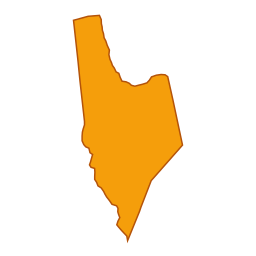 Groaíras, Ceará, Brazil (Mercator projection)
{"feature_id": "56859067B67706386881403", "entity_name": "Groaíras", "entity_type": "district", "adm_level": 2, "iso_a3": "BRA", "parent_name": "Brazil", "parent_adm1": "Ceará", "projection": "mercator", "projection_center": [-40.377, -3.916], "detail": "fine", "context": "isolated", "style": "filled", "palette": "amber", "viewbox_px": 256, "rotation_deg": 0, "n_neighbors": 0, "source": "geoboundaries", "source_scale": "gbopen_adm2", "svg_char_len": 1073}
<svg xmlns="http://www.w3.org/2000/svg" viewBox="0 0 256 256"><path d="M127.6,240.6L139.5,211.4L141.0,207.0L151.2,180.6L182.5,145.1L173.0,100.4L167.7,76.6L165.1,74.8L161.1,74.5L156.3,75.2L151.5,76.9L149.4,80.2L146.9,82.9L142.3,84.3L138.6,85.2L134.9,86.2L131.4,85.3L129.3,83.3L126.0,81.8L122.0,81.2L120.2,77.4L118.8,73.3L116.1,71.9L114.3,68.1L112.4,65.4L111.5,62.7L110.0,59.4L108.9,54.7L109.4,50.1L107.2,45.3L105.8,41.0L104.1,37.8L103.5,33.7L102.4,30.3L102.1,26.8L101.4,23.8L101.2,19.5L99.4,15.4L88.1,16.3L73.5,20.3L74.3,27.3L77.8,59.2L78.1,62.1L80.0,81.1L83.2,109.8L84.5,121.4L84.5,124.9L83.2,128.9L82.4,132.1L82.1,136.0L82.1,140.8L83.8,144.6L85.7,146.8L88.9,148.2L90.0,152.7L92.6,154.5L91.7,157.7L90.5,162.0L89.5,164.9L91.0,167.3L94.6,168.4L94.9,172.2L94.7,176.4L94.7,179.4L96.6,182.3L98.0,185.9L101.2,187.9L103.7,191.5L104.9,194.0L106.6,196.9L109.4,200.5L112.0,204.3L116.6,205.8L118.0,208.4L117.8,211.8L118.6,214.5L119.8,217.6L118.0,221.1L116.8,224.8L118.9,227.4L121.4,230.3L124.3,233.4L126.8,236.0L127.6,240.6Z" fill="#f59e0b" stroke="#b45309" stroke-width="1.5"/></svg>